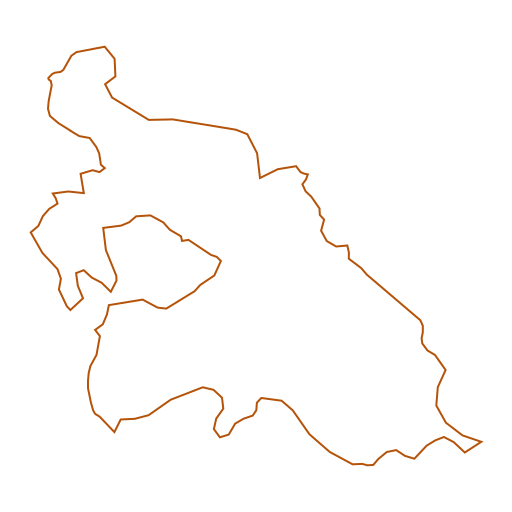 outline of Pest
{"feature_id": "HUN-3164", "entity_name": "Pest", "entity_type": "County", "adm_level": 1, "iso_a3": "HUN", "parent_name": "Hungary", "parent_adm1": "", "projection": "natural_earth1", "projection_center": [19.256, 47.5], "detail": "fine", "context": "isolated", "style": "outline", "palette": "amber", "viewbox_px": 512, "rotation_deg": 0, "n_neighbors": 0, "source": "natural_earth", "source_scale": "10m", "svg_char_len": 2060}
<svg xmlns="http://www.w3.org/2000/svg" viewBox="0 0 512 512"><path d="M69.4,130.4L69.9,130.3L58.5,123.2L49.9,115.9L48.0,108.8L48.7,100.9L51.7,85.3L50.8,81.0L48.7,79.5L48.3,78.1L52.2,74.0L54.9,72.7L60.6,71.9L63.4,69.8L71.4,55.7L76.5,52.1L104.7,46.7L114.6,58.8L115.4,76.4L105.1,84.2L112.1,97.6L148.8,119.9L172.7,119.4L235.9,129.7L247.3,134.2L257.1,153.3L260.0,178.0L277.8,169.2L296.1,166.2L300.5,172.1L304.0,173.6L307.8,174.4L306.0,179.4L302.4,184.3L305.6,191.3L311.3,196.7L319.5,208.5L319.8,214.9L324.1,219.6L321.1,230.7L326.8,241.1L336.2,246.5L347.3,245.5L348.9,252.5L348.8,258.7L361.2,268.1L366.8,274.6L420.4,320.3L422.8,325.7L422.8,332.5L421.6,338.2L422.3,343.5L427.5,350.5L435.0,355.0L445.6,370.0L437.8,387.2L436.3,405.5L445.9,422.7L462.5,435.4L481.3,441.8L464.8,452.5L453.7,442.1L443.9,437.0L435.2,440.4L426.7,445.6L414.4,458.7L405.0,455.9L396.2,450.1L386.8,452.0L378.4,458.9L373.3,464.9L367.5,465.3L362.2,463.9L352.6,464.3L329.8,452.0L316.1,440.1L309.3,434.1L292.8,410.4L281.6,400.7L261.3,398.0L256.9,402.7L256.3,410.3L252.7,415.6L243.6,418.7L235.2,423.6L228.7,434.6L219.9,437.3L213.9,429.1L216.2,418.6L223.3,408.6L222.0,397.7L213.5,389.8L202.7,387.3L170.7,399.7L148.6,415.2L134.8,418.8L120.7,419.5L114.4,432.1L99.7,416.7L95.1,413.8L93.2,410.5L91.0,402.9L88.0,388.2L88.0,380.8L88.7,373.0L90.4,366.0L96.5,354.9L99.9,336.1L95.1,329.9L102.8,324.3L106.9,314.6L108.9,305.1L142.6,299.6L157.6,307.6L166.3,308.6L194.6,291.2L200.3,284.9L214.3,275.5L220.9,261.0L216.8,256.9L211.0,254.9L188.5,239.9L182.0,240.9L181.0,236.3L169.9,229.8L163.3,222.4L150.4,215.4L136.2,216.3L129.3,222.2L121.2,225.6L103.2,227.9L105.9,250.1L116.3,275.8L116.5,280.6L110.8,291.8L101.7,282.8L91.8,277.6L83.7,270.2L76.1,273.1L77.8,285.7L83.0,298.3L70.4,310.0L66.8,306.2L58.9,289.5L60.9,278.8L57.5,269.1L42.4,252.9L30.7,232.4L38.3,226.0L42.9,216.1L49.3,208.8L57.5,203.6L55.7,198.2L52.8,193.5L68.2,191.5L83.8,193.1L80.6,173.8L92.7,170.2L99.4,172.1L104.8,168.1L100.9,164.7L99.2,153.4L96.3,147.0L89.7,138.0L79.3,136.1L70.1,130.6L69.4,130.4Z" fill="none" stroke="#b45309" stroke-width="2"/></svg>